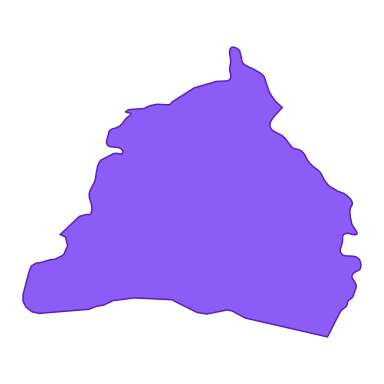 the border of Dolj
{"feature_id": "ROU-122", "entity_name": "Dolj", "entity_type": "County", "adm_level": 1, "iso_a3": "ROU", "parent_name": "Romania", "parent_adm1": "", "projection": "natural_earth1", "projection_center": [23.693, 44.245], "detail": "fine", "context": "isolated", "style": "filled", "palette": "violet", "viewbox_px": 384, "rotation_deg": 0, "n_neighbors": 0, "source": "natural_earth", "source_scale": "10m", "svg_char_len": 2369}
<svg xmlns="http://www.w3.org/2000/svg" viewBox="0 0 384 384"><path d="M39.2,313.4L31.9,311.8L26.0,307.1L23.1,301.5L23.0,294.8L28.8,272.6L31.4,265.9L36.1,263.1L40.9,262.5L50.3,259.7L55.4,259.1L63.5,254.9L67.6,245.9L65.5,236.8L60.2,234.6L79.5,216.3L86.7,214.4L89.2,214.7L90.9,213.7L91.9,210.1L91.8,206.7L91.1,203.1L89.5,198.3L89.1,194.5L89.8,191.1L94.7,181.5L95.4,179.1L96.5,171.6L97.6,166.4L99.0,162.7L101.0,160.1L113.4,153.6L116.5,153.3L121.1,154.0L122.4,153.5L122.9,151.6L122.3,150.0L120.9,148.7L119.1,147.8L116.8,147.3L111.9,146.9L109.3,146.4L107.4,145.1L106.6,143.2L106.5,141.1L108.3,134.8L108.7,132.4L109.6,130.7L111.6,129.2L116.1,127.8L119.7,126.2L122.8,123.0L124.2,120.7L125.8,118.7L130.9,114.7L130.9,113.5L129.6,112.9L127.4,112.6L125.7,111.9L126.5,110.8L129.6,109.5L144.3,108.5L147.1,106.9L150.9,105.5L156.7,104.3L169.6,104.8L172.8,101.5L194.3,87.8L216.4,81.4L227.5,80.9L229.5,79.8L230.6,78.1L230.8,75.9L230.6,73.8L230.0,71.9L229.6,70.1L229.6,68.3L230.5,63.9L230.7,60.6L230.4,57.8L229.9,55.3L229.6,53.1L229.6,51.1L230.3,48.7L231.4,47.5L232.7,47.1L234.3,47.3L237.3,48.4L239.6,50.6L241.4,57.5L241.6,59.9L242.6,62.6L244.5,64.7L248.6,66.9L252.1,68.3L259.9,72.8L262.2,74.5L264.3,77.1L269.1,91.7L271.8,96.2L275.6,101.4L282.3,107.6L273.5,117.0L270.3,122.2L269.9,124.4L270.1,126.6L271.1,128.8L273.1,130.9L282.4,135.8L284.9,138.1L291.1,146.2L293.0,148.1L295.4,148.9L298.1,149.4L301.1,150.8L304.3,154.0L307.4,159.9L310.1,163.6L313.0,166.4L318.2,170.3L320.5,172.7L322.4,176.0L324.5,180.4L327.0,183.7L329.4,186.2L337.9,191.2L343.7,193.4L346.5,195.2L350.8,199.3L352.2,202.1L352.3,204.5L351.2,206.4L350.2,208.8L349.8,212.6L350.3,217.0L351.9,224.3L356.9,232.2L357.0,234.1L355.4,234.8L352.7,234.5L349.9,233.7L347.4,233.3L345.2,233.6L343.9,234.4L342.8,235.6L342.6,237.2L342.6,240.8L341.6,245.3L340.7,247.6L340.2,250.7L340.7,252.6L342.0,254.4L343.9,255.5L345.8,255.9L353.2,256.2L356.2,256.9L359.3,259.3L360.5,262.0L361.0,265.1L360.6,267.7L359.8,269.6L355.3,272.0L353.1,273.5L351.8,276.1L352.4,278.4L355.7,283.5L356.3,285.9L356.0,288.0L353.1,296.1L351.8,298.1L348.5,300.3L347.8,301.6L347.0,305.1L346.0,306.7L341.8,309.9L340.2,312.0L327.5,336.8L327.4,336.9L245.4,318.1L232.1,310.9L226.9,310.0L207.0,314.0L203.5,313.5L196.9,312.4L171.6,299.7L134.2,297.9L113.0,300.6L104.2,304.9L96.0,306.5L88.9,309.3L70.3,310.8L39.2,313.4Z" fill="#8b5cf6" stroke="#5b21b6" stroke-width="1.5"/></svg>